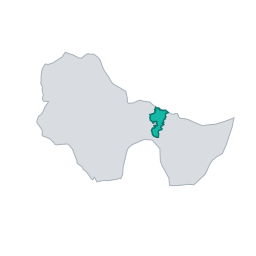 Jelgava on a map of Latvia (Mercator projection), rotated 197°
{"feature_id": "LVA-1084", "entity_name": "Jelgava", "entity_type": "Municipality", "adm_level": 1, "iso_a3": "LVA", "parent_name": "Latvia", "parent_adm1": "", "projection": "mercator", "projection_center": [23.638, 56.61], "detail": "fine", "context": "in_parent", "style": "filled", "palette": "teal", "viewbox_px": 256, "rotation_deg": 197, "n_neighbors": 0, "source": "natural_earth", "source_scale": "10m", "svg_char_len": 3272}
<svg xmlns="http://www.w3.org/2000/svg" viewBox="0 0 256 256"><g transform="rotate(197 128 128)"><path d="M182.8,188.6L181.4,188.3L177.5,186.8L174.2,184.5L172.2,181.5L168.8,177.3L166.6,175.2L163.0,172.5L157.1,167.0L155.0,165.8L144.5,163.4L140.7,162.3L137.3,156.1L136.1,152.4L134.4,151.8L132.6,152.6L130.5,153.3L125.8,157.5L124.3,158.1L121.4,158.2L114.5,159.1L111.4,157.6L106.0,155.9L103.1,155.6L100.5,155.6L89.0,154.0L86.9,155.8L84.8,156.1L82.7,153.3L80.1,152.5L77.3,153.5L72.2,153.6L66.1,152.7L58.3,152.0L57.1,152.3L48.5,156.0L46.4,156.6L37.0,162.9L29.6,168.7L28.7,159.4L29.2,140.5L30.3,131.1L35.4,125.6L38.0,121.3L39.5,115.5L40.0,110.2L41.0,105.7L48.4,93.0L54.4,91.6L62.3,88.0L71.3,85.1L73.0,88.8L73.9,91.7L84.6,102.2L87.3,105.7L91.5,117.6L101.5,123.6L109.3,121.7L112.7,118.8L119.0,113.4L121.8,109.4L122.3,105.6L121.2,89.1L119.5,82.0L120.1,77.5L121.2,77.7L123.9,75.5L132.6,71.5L134.4,71.3L136.4,70.5L141.9,67.4L143.7,69.1L145.1,70.9L146.0,70.9L146.3,70.3L146.2,69.1L146.6,68.2L148.2,68.7L154.6,73.7L157.1,74.9L158.7,75.2L160.7,77.6L166.2,79.2L166.9,80.4L167.3,81.9L172.4,88.2L174.7,91.4L179.2,94.3L181.2,95.0L189.1,92.1L191.3,91.0L193.1,91.0L195.0,92.6L199.2,94.7L203.1,95.3L203.8,95.2L207.0,95.4L208.2,96.2L208.9,100.2L212.6,103.4L216.1,106.0L217.0,107.2L217.2,109.6L217.0,112.3L216.6,113.7L215.1,115.3L213.9,119.4L213.7,123.3L211.7,130.0L212.2,130.1L216.3,128.9L217.5,129.6L218.4,131.1L218.7,135.2L220.1,137.1L221.5,140.1L221.9,142.3L224.5,145.1L224.7,146.8L226.4,153.0L227.0,156.6L227.3,159.3L226.5,162.8L225.8,165.1L224.9,165.0L222.6,165.6L218.8,168.4L213.2,175.1L211.8,176.6L210.3,181.6L210.0,182.1L206.7,181.9L205.9,181.8L202.6,181.9L195.5,180.6L192.8,181.4L189.2,186.5L187.8,187.3L183.6,188.0L182.8,188.6Z" fill="#d9dde1" stroke="#a8b0b8" stroke-width="1"/><path d="M97.9,155.9L96.9,155.8L94.0,154.6L94.2,154.3L95.2,153.6L95.5,153.5L95.8,153.2L96.0,153.0L96.2,152.8L96.3,152.5L96.3,152.0L96.0,151.3L95.7,150.5L95.5,150.1L95.1,149.9L95.0,149.4L95.3,148.9L95.4,148.7L95.5,148.5L95.0,147.7L95.7,147.4L95.9,147.1L96.3,145.9L96.2,145.1L95.9,144.5L95.6,144.1L95.5,143.8L95.6,143.5L96.0,143.4L96.7,143.0L96.8,142.4L94.8,142.0L95.0,141.5L95.3,141.2L95.7,140.6L95.8,140.3L96.7,139.5L97.0,139.3L96.9,139.1L96.8,138.5L96.9,138.3L96.8,138.1L96.4,137.7L95.8,137.5L95.1,137.0L95.6,136.1L96.3,135.6L97.5,135.0L98.1,134.1L97.5,131.9L97.0,131.5L96.3,128.0L97.6,127.5L99.8,127.7L100.2,127.8L100.9,127.8L102.1,128.5L103.1,129.6L103.4,130.5L103.8,131.2L104.8,132.3L104.6,133.7L104.7,133.9L104.5,135.1L102.9,135.5L102.9,136.3L102.1,136.5L102.4,137.4L103.2,137.0L103.8,137.8L102.5,138.6L101.4,138.4L100.6,138.8L101.0,139.8L102.3,140.8L102.1,142.3L103.1,142.7L104.0,142.0L105.1,141.5L104.8,140.5L105.4,140.0L106.4,140.9L107.5,141.6L108.8,141.9L109.6,143.4L110.2,144.6L110.3,146.4L111.0,147.2L110.2,147.5L109.8,148.0L109.3,148.2L109.0,148.7L108.0,149.0L107.7,149.2L107.4,149.9L107.0,150.4L106.8,150.6L106.8,150.8L106.8,151.0L107.1,151.2L107.1,151.4L107.0,151.8L106.9,152.3L106.7,152.5L106.7,153.0L107.7,152.9L107.9,153.1L107.7,153.7L107.6,154.0L107.6,155.2L107.6,155.7L107.3,155.6L106.4,155.6L104.5,156.0L103.6,155.9L103.6,155.7L103.6,155.4L103.6,155.1L103.3,154.7L103.1,154.6L102.3,154.8L100.4,154.7L99.5,154.9L97.9,155.9Z" fill="#14b8a6" stroke="#0f766e" stroke-width="1.5"/></g></svg>